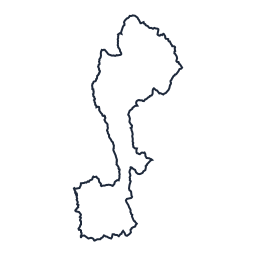 the district of Chachapoyas, Amazonas, Peru
{"feature_id": "86281439B12993203122991", "entity_name": "Chachapoyas", "entity_type": "district", "adm_level": 2, "iso_a3": "PER", "parent_name": "Peru", "parent_adm1": "Amazonas", "projection": "robinson", "projection_center": [-77.817, -6.465], "detail": "fine", "context": "isolated", "style": "outline", "palette": "slate", "viewbox_px": 256, "rotation_deg": 0, "n_neighbors": 0, "source": "geoboundaries", "source_scale": "gbopen_adm2", "svg_char_len": 5798}
<svg xmlns="http://www.w3.org/2000/svg" viewBox="0 0 256 256"><path d="M127.0,235.8L129.5,234.0L130.9,232.4L130.5,229.9L130.6,229.6L131.6,228.7L131.7,228.1L133.0,227.3L135.2,226.5L135.5,225.3L136.8,223.7L135.3,222.2L135.0,221.4L134.1,221.0L133.7,220.5L131.9,216.3L132.3,214.8L131.2,214.1L130.9,212.7L130.4,212.0L130.6,210.3L130.2,209.1L129.1,207.3L128.4,205.2L126.4,202.0L125.9,200.3L126.9,198.9L131.1,198.0L131.8,197.4L132.1,196.8L131.5,195.6L131.1,191.8L130.6,191.0L129.5,190.3L129.0,188.5L129.5,184.9L130.7,181.2L129.8,180.2L130.0,178.6L129.6,177.4L130.4,175.7L130.1,174.0L129.4,172.1L129.9,170.1L130.8,168.6L130.5,167.4L130.8,167.2L131.9,167.6L133.2,168.9L135.1,169.9L136.1,172.4L137.8,173.8L139.4,174.1L140.4,173.9L142.1,173.1L142.8,172.6L143.3,171.4L145.3,170.1L145.8,167.9L145.9,166.4L145.7,166.1L146.9,165.0L146.8,164.5L150.4,160.7L151.3,160.1L152.1,159.9L151.3,159.2L150.4,159.0L149.3,158.3L146.6,158.0L145.4,155.9L145.3,154.0L144.5,152.5L143.5,152.9L142.6,152.6L141.5,152.7L139.8,154.2L138.9,154.0L138.0,153.4L137.0,153.2L136.5,152.4L136.4,151.1L136.5,149.6L136.9,148.5L134.8,148.3L133.2,146.8L133.4,146.1L132.8,144.1L133.3,143.0L132.6,141.6L132.8,138.9L132.2,136.1L132.7,134.3L132.2,131.8L131.5,130.2L131.5,128.8L130.7,128.0L131.8,127.3L132.0,125.5L130.9,124.4L129.4,121.9L129.9,118.5L128.9,115.5L128.2,114.8L128.3,114.4L129.7,110.7L132.3,108.8L132.5,107.9L135.1,105.9L137.4,105.7L136.3,103.9L136.1,102.9L136.5,101.4L137.0,100.9L138.2,100.2L139.1,100.0L139.7,100.3L142.1,100.4L142.8,101.0L143.9,101.1L145.2,99.4L145.9,99.3L147.3,98.3L148.0,97.5L149.6,96.7L149.8,96.0L151.7,95.4L152.6,93.8L152.7,90.2L153.3,88.8L153.9,88.3L156.0,90.2L157.1,90.5L159.3,93.4L159.8,93.1L160.7,93.3L163.3,94.5L164.1,93.7L165.8,93.0L168.6,89.8L169.4,88.0L170.0,85.1L170.5,84.6L170.9,83.6L171.0,82.8L170.5,81.8L170.6,80.7L171.6,79.7L172.0,78.4L172.6,77.8L173.3,76.3L173.9,75.7L174.5,75.6L174.9,74.6L176.0,74.3L176.6,73.7L178.4,71.3L179.5,69.1L181.3,68.6L182.1,67.6L180.0,64.3L178.8,63.6L178.8,62.4L178.5,62.0L177.1,62.0L176.3,61.0L177.1,58.3L176.7,56.4L175.1,53.8L174.4,53.4L174.5,51.5L175.2,51.1L174.7,48.7L175.1,47.5L175.0,47.0L174.3,46.4L172.2,46.2L171.9,45.1L171.2,44.4L169.8,41.4L169.0,41.4L168.3,40.6L168.2,39.1L165.8,38.7L165.2,37.7L165.2,36.3L163.8,34.0L163.3,33.8L162.1,35.1L161.4,34.7L160.6,34.8L159.8,35.7L159.1,35.6L157.9,34.9L157.5,34.5L157.6,33.7L158.4,29.8L158.3,29.2L157.6,28.7L155.8,28.5L154.3,27.9L153.0,28.8L151.3,27.9L149.8,28.0L148.9,27.5L147.8,26.1L145.7,25.2L145.3,24.2L144.0,23.5L143.6,22.1L141.1,23.2L140.5,23.2L138.8,19.7L138.2,19.1L137.5,17.6L134.9,15.7L132.6,15.4L132.0,15.8L131.0,16.0L129.7,15.9L129.0,17.2L127.8,18.2L126.9,18.4L124.9,20.5L124.0,22.2L124.5,23.9L124.4,25.2L123.7,25.5L122.9,26.8L121.0,32.6L121.4,33.8L119.8,33.2L118.0,34.5L118.4,35.2L118.1,36.3L118.2,38.1L117.7,39.2L118.1,41.1L117.8,42.1L118.0,43.5L117.7,45.2L118.1,45.9L118.2,47.4L119.0,48.2L119.9,49.8L120.0,51.0L121.2,53.2L121.2,54.3L120.6,54.8L117.6,55.4L116.9,55.1L116.7,55.4L115.5,55.6L115.1,55.9L113.7,55.4L113.2,55.6L111.3,55.5L110.8,55.1L109.0,54.6L107.8,53.7L107.2,52.7L104.7,49.8L103.6,49.8L102.8,50.2L101.8,49.9L101.0,51.8L100.8,53.8L101.0,55.4L100.6,57.5L99.3,59.4L99.5,60.4L99.0,61.6L99.5,62.9L99.5,64.2L98.5,65.1L98.5,66.1L98.1,66.7L99.1,68.7L99.0,69.8L99.8,70.7L99.9,71.5L99.6,71.9L99.6,72.6L99.0,73.1L98.8,74.2L98.4,74.4L98.2,75.1L97.2,75.8L97.0,78.2L96.8,78.8L96.2,79.0L95.9,80.7L95.2,81.3L94.0,81.5L93.6,81.8L93.0,83.4L92.5,83.7L92.1,85.6L92.5,88.2L92.3,88.9L93.3,89.3L93.2,90.0L93.5,90.4L93.4,91.1L93.7,91.6L93.5,93.7L93.0,94.1L93.3,94.9L93.3,96.1L94.2,96.9L94.3,97.9L95.0,98.8L94.9,99.2L94.0,100.1L94.4,100.6L94.6,102.2L95.1,102.8L95.2,104.7L95.6,104.8L96.3,106.1L96.4,107.3L97.9,106.7L99.0,107.0L99.4,109.3L99.1,109.8L99.2,110.3L100.9,112.9L102.2,114.2L102.4,115.5L103.2,116.0L104.4,115.6L105.0,116.3L105.0,117.3L105.4,117.9L104.9,119.1L104.5,119.5L104.5,120.1L105.1,121.0L105.2,121.7L107.3,123.9L107.6,124.8L107.5,126.2L107.9,127.9L107.5,129.3L107.1,130.0L107.0,130.7L107.7,131.6L107.9,133.3L109.1,135.0L109.0,136.5L109.3,137.4L110.8,139.4L111.8,141.4L112.9,142.3L113.3,144.2L113.9,145.5L113.7,147.7L113.8,148.3L113.4,148.8L113.4,150.3L115.8,155.8L115.8,156.3L117.0,160.1L116.7,160.7L116.9,161.5L116.5,162.1L116.8,163.0L116.5,164.5L117.2,165.1L118.3,166.7L118.7,167.6L118.5,168.4L118.8,169.1L119.6,169.4L119.5,170.8L119.1,171.5L119.7,174.5L119.3,175.7L119.5,176.8L119.3,178.6L118.6,179.7L118.7,180.3L117.1,180.2L115.3,181.5L114.7,182.2L114.4,183.9L113.9,184.5L113.4,184.8L113.2,185.5L112.5,185.9L110.6,185.0L108.5,184.7L107.2,185.0L106.6,184.9L104.6,185.6L102.9,185.6L101.5,186.1L100.9,185.6L100.9,183.7L99.2,181.9L98.7,179.0L97.1,177.9L96.4,176.7L93.9,177.1L93.3,176.6L92.7,177.4L92.2,179.4L89.6,180.5L88.8,181.8L87.7,181.4L86.4,182.6L85.1,182.4L84.0,183.0L80.9,183.3L80.8,185.2L79.5,188.0L75.8,188.7L74.6,188.5L74.3,188.1L73.9,188.4L74.7,190.5L75.5,191.5L75.1,192.2L75.3,193.1L75.7,193.7L76.6,193.3L76.8,193.6L76.9,194.3L76.3,194.5L76.1,194.9L77.0,195.6L76.6,196.9L77.2,198.8L76.6,199.7L77.8,202.1L77.1,204.3L77.5,204.7L78.1,204.7L78.5,205.0L78.0,206.6L78.2,207.3L77.0,208.2L76.6,208.6L76.5,209.2L75.5,210.0L75.3,210.7L76.0,211.4L79.0,212.0L80.9,214.5L80.7,215.7L79.8,217.0L80.9,217.9L80.0,219.9L80.1,220.6L81.0,221.2L81.0,224.6L80.3,225.0L80.0,226.6L78.5,228.7L78.9,229.8L80.3,229.9L81.0,230.6L81.0,232.2L81.6,233.1L81.3,235.2L80.8,235.9L80.9,237.1L81.2,237.1L81.4,236.4L82.3,235.8L84.3,235.5L88.4,238.5L91.0,237.8L92.6,238.3L93.5,239.1L94.1,240.4L94.7,240.6L97.2,239.3L100.4,239.2L101.0,238.2L102.6,237.4L103.9,235.4L104.7,235.7L105.5,236.4L106.9,236.6L108.5,237.6L111.1,238.5L111.9,237.4L112.6,234.3L114.0,234.2L115.0,234.9L117.1,235.0L118.8,236.2L120.4,234.2L121.5,233.8L121.8,232.6L123.1,230.9L124.5,232.8L125.6,235.3L127.0,235.8Z" fill="none" stroke="#1e293b" stroke-width="2"/></svg>